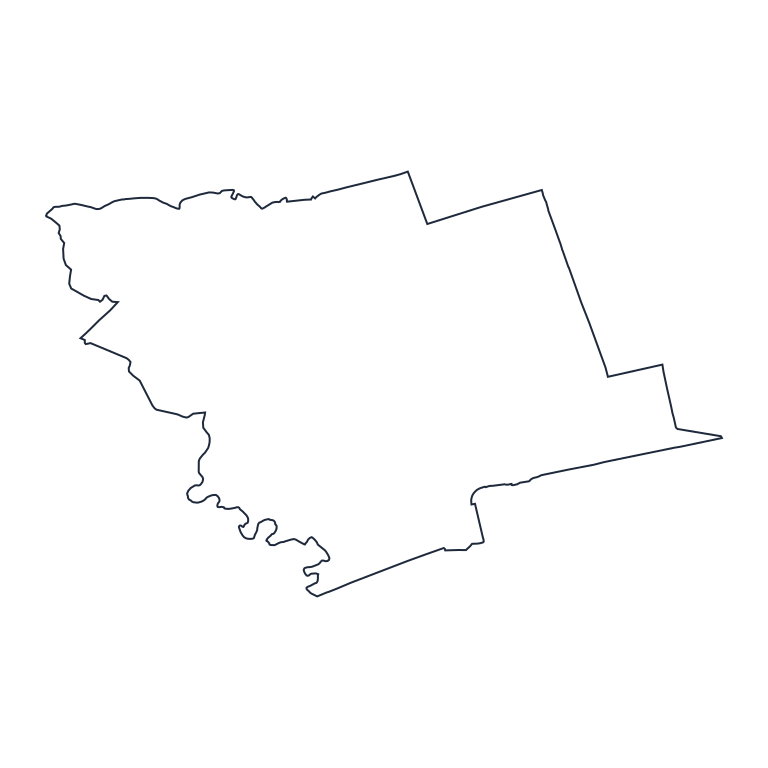 outline of Darmanesti, Dâmbovita, Romania
{"feature_id": "2599482B65798609307970", "entity_name": "Darmanesti", "entity_type": "district", "adm_level": 2, "iso_a3": "ROU", "parent_name": "Romania", "parent_adm1": "Dâmbovita", "projection": "equal_earth", "projection_center": [25.758, 44.92], "detail": "fine", "context": "isolated", "style": "outline", "palette": "slate", "viewbox_px": 768, "rotation_deg": 0, "n_neighbors": 0, "source": "geoboundaries", "source_scale": "gbopen_adm2", "svg_char_len": 6051}
<svg xmlns="http://www.w3.org/2000/svg" viewBox="0 0 768 768"><path d="M721.9,438.0L721.2,436.6L720.8,436.2L677.6,429.0L676.6,428.2L675.9,427.4L673.8,417.9L672.5,413.3L671.1,406.4L666.9,387.8L663.5,371.7L662.4,364.6L607.9,376.8L607.6,375.5L605.5,367.5L589.2,322.7L581.2,302.4L569.1,268.3L568.9,267.6L568.6,267.4L568.4,267.1L562.6,250.5L562.3,250.1L562.0,249.1L562.0,248.8L561.3,246.6L560.2,243.0L559.7,241.8L555.0,228.7L548.4,210.8L548.4,210.6L548.2,210.1L548.2,209.3L547.9,208.2L546.8,204.6L546.2,202.1L545.2,200.3L543.1,195.2L542.7,193.1L541.8,190.0L481.7,206.8L427.3,224.0L407.8,171.6L400.4,174.2L393.7,176.0L378.1,179.6L346.7,187.3L337.3,189.8L330.2,191.4L325.6,192.7L322.1,193.4L321.1,193.7L320.2,194.2L317.4,196.2L315.8,197.6L315.1,198.4L312.9,196.5L311.9,197.8L311.2,199.0L311.1,199.5L304.3,199.8L287.0,201.7L286.8,200.9L286.9,200.4L286.8,199.5L286.4,198.6L286.3,197.7L286.5,197.5L284.3,198.2L282.4,199.2L280.5,200.8L280.2,201.7L278.7,202.1L277.6,201.9L275.5,202.0L272.4,202.6L265.6,206.8L265.0,207.3L262.5,208.6L261.8,208.6L261.1,208.2L260.6,207.5L259.1,206.0L257.4,204.6L254.8,201.6L253.3,199.4L252.3,198.3L251.9,197.6L251.1,197.0L250.8,196.9L247.4,197.4L245.6,197.3L244.1,196.9L242.3,196.2L238.9,194.2L238.1,194.0L237.4,194.6L236.9,195.4L236.5,196.8L235.9,198.2L235.7,198.9L235.4,199.2L234.6,199.3L232.2,198.2L231.5,197.6L231.3,196.9L231.5,196.7L231.7,195.8L233.0,193.4L234.0,191.0L233.8,190.2L233.1,190.0L232.2,189.9L224.2,190.4L222.0,190.9L221.6,191.2L220.3,192.7L219.5,193.2L218.7,193.4L217.7,193.5L213.2,192.6L209.1,192.4L203.6,193.7L199.7,194.6L191.8,197.2L185.4,198.9L183.4,199.8L182.4,200.4L181.3,201.5L180.5,202.5L180.0,203.5L179.6,204.8L179.6,206.2L179.7,206.8L179.6,207.4L179.5,208.3L179.1,208.8L177.6,208.6L176.3,208.3L173.3,207.0L171.4,206.4L168.6,205.0L167.2,204.0L163.1,202.6L159.0,200.4L157.4,199.3L156.3,198.7L153.6,198.1L149.2,197.9L140.1,197.9L133.5,198.4L129.8,198.8L125.3,199.1L124.3,199.4L121.9,199.5L114.7,201.1L112.6,202.0L108.2,204.5L104.7,206.0L101.4,208.1L99.8,208.8L98.5,209.0L97.0,209.1L96.2,209.0L94.2,208.4L93.5,208.1L90.6,207.1L87.6,206.5L81.4,205.0L75.3,203.8L73.6,203.9L72.7,204.2L66.3,205.5L62.0,205.9L60.2,206.5L58.5,206.8L55.5,206.8L53.8,207.1L53.3,207.5L52.9,208.2L52.4,208.8L46.8,213.7L46.6,214.3L46.5,215.4L46.1,215.7L46.3,216.4L51.2,218.7L56.8,223.3L59.4,225.6L59.8,229.2L58.7,233.0L60.6,236.1L60.8,238.9L64.2,243.0L63.1,249.0L63.6,258.7L65.9,265.1L71.1,269.6L70.0,276.1L69.2,283.7L71.2,288.5L83.5,295.5L91.1,299.0L98.3,300.0L100.0,301.7L102.5,299.8L104.4,295.9L106.5,295.5L109.2,299.1L112.3,301.7L117.8,302.1L110.1,310.4L99.1,320.3L90.9,328.5L85.6,333.6L80.5,338.2L84.8,340.0L84.8,342.9L85.8,344.1L90.5,343.1L126.6,358.2L128.8,359.9L130.5,362.0L129.8,365.6L128.7,368.0L129.0,371.5L133.2,375.7L139.7,380.6L152.4,405.4L154.5,408.2L156.5,409.7L175.9,414.0L178.1,414.6L182.3,416.5L185.6,417.4L187.0,417.5L188.9,416.7L193.2,413.7L205.1,412.5L204.7,415.3L202.9,422.4L203.3,427.8L206.6,432.2L208.9,434.9L209.7,438.3L209.6,442.3L208.9,445.6L208.2,447.9L205.0,452.7L203.0,454.6L199.7,458.7L198.8,461.2L198.7,471.8L199.2,473.2L202.5,477.1L203.1,478.9L202.6,481.7L201.1,483.9L199.9,485.1L198.6,485.5L196.8,485.3L195.0,485.4L190.7,488.0L188.2,490.9L187.1,493.6L187.5,495.3L187.9,496.1L188.0,497.9L189.3,499.8L190.6,500.3L192.0,501.6L193.6,502.3L194.8,502.3L196.7,502.7L198.5,502.5L201.5,501.6L204.0,500.3L205.6,498.9L206.4,497.8L207.8,496.9L211.1,495.5L213.4,495.0L215.3,494.9L216.4,495.2L217.8,496.4L218.7,497.6L219.3,498.8L219.5,500.0L219.4,501.4L218.9,502.2L218.0,503.2L217.5,504.7L217.3,506.0L217.7,506.9L218.4,507.1L220.0,507.1L221.6,506.8L223.6,507.2L224.1,507.5L224.2,508.1L224.7,508.5L227.3,508.9L229.1,508.9L232.7,508.3L235.5,507.7L237.0,507.2L238.4,507.3L239.1,507.7L240.0,509.3L242.6,511.4L246.5,515.4L247.8,517.6L248.2,519.4L248.1,521.4L247.6,522.8L245.3,523.9L244.5,524.8L243.7,526.5L243.4,526.9L242.4,526.7L241.2,525.7L240.5,525.5L240.0,525.5L239.2,526.1L238.9,526.9L239.1,527.8L240.5,531.8L241.6,533.8L242.6,535.4L244.0,537.1L246.0,538.3L248.1,538.8L251.0,538.9L252.9,538.6L253.9,538.0L255.0,534.6L256.3,532.2L257.2,530.0L257.3,528.1L258.2,524.2L258.7,523.3L259.5,522.5L260.4,522.3L263.5,520.5L264.8,519.9L267.4,519.3L268.9,519.1L269.6,519.7L273.1,520.3L274.3,521.2L275.1,522.6L275.2,524.2L276.1,525.1L276.6,525.9L276.6,528.2L276.0,530.3L274.3,533.1L273.4,533.8L272.0,534.1L271.4,534.6L270.8,535.5L268.0,537.9L266.8,539.5L266.4,540.4L266.6,541.0L267.2,541.0L269.2,543.2L269.5,544.4L270.4,545.0L273.1,545.1L274.8,545.1L278.6,543.1L280.4,542.4L281.2,542.2L283.9,541.9L285.0,541.4L290.3,539.8L292.7,539.2L294.2,539.1L295.8,539.6L299.7,541.9L304.2,544.3L304.9,544.5L305.2,544.2L305.3,543.6L307.0,541.8L307.9,539.9L308.7,538.9L310.1,537.8L311.6,537.2L312.6,537.7L315.2,540.2L317.0,542.6L317.8,544.6L324.8,550.2L326.0,551.6L328.2,555.2L329.4,558.1L329.0,559.9L328.2,560.3L327.7,561.0L325.5,561.2L323.0,560.5L321.9,560.6L320.5,562.0L319.6,563.2L318.3,564.3L312.2,566.7L310.1,567.1L307.7,567.2L305.3,567.8L304.4,568.3L303.7,569.9L304.1,571.5L305.0,573.5L306.4,575.3L307.4,575.8L309.0,575.4L310.3,574.2L311.3,573.7L315.9,573.4L318.2,574.2L317.9,575.5L317.9,578.8L317.5,581.2L316.8,582.5L316.1,583.0L314.9,583.3L310.5,585.7L307.5,586.9L306.5,587.8L306.6,589.0L307.3,589.9L308.4,590.8L310.3,592.8L311.5,593.6L317.2,596.4L326.6,592.5L328.9,591.8L337.2,588.5L351.2,582.6L407.5,561.0L425.4,554.5L443.8,548.0L444.9,549.0L445.2,550.4L458.6,550.0L465.9,550.1L470.1,546.2L472.1,543.8L477.7,543.6L480.3,543.2L483.2,542.3L483.7,541.6L483.5,539.4L482.9,537.6L475.0,503.8L471.5,504.5L471.3,502.7L471.2,500.2L471.4,498.7L471.8,497.1L472.2,495.8L473.1,494.1L474.2,492.6L475.5,491.2L477.0,489.9L478.5,489.0L480.1,488.2L484.5,486.8L484.9,486.7L485.7,487.2L488.3,486.3L490.0,485.9L492.8,485.8L504.5,484.3L506.5,484.7L507.7,484.7L511.5,483.9L511.7,485.0L513.0,485.2L517.1,484.3L520.1,482.7L528.9,481.3L529.4,481.1L530.0,480.3L531.0,479.3L532.9,478.2L533.7,477.9L536.8,477.2L538.5,476.6L541.3,475.2L569.9,469.3L594.0,464.7L604.5,462.0L674.4,447.7L680.1,446.8L721.9,438.0Z" fill="none" stroke="#1e293b" stroke-width="2"/></svg>